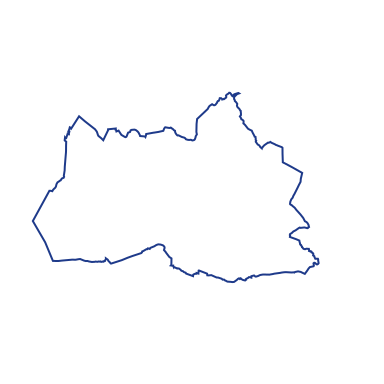 the district of Irimbo, Michoacán, Mexico, rotated 288°
{"feature_id": "50627088B92486141499695", "entity_name": "Irimbo", "entity_type": "district", "adm_level": 2, "iso_a3": "MEX", "parent_name": "Mexico", "parent_adm1": "Michoacán", "projection": "orthographic", "projection_center": [-100.467, 19.711], "detail": "fine", "context": "isolated", "style": "outline", "palette": "blue", "viewbox_px": 384, "rotation_deg": 288, "n_neighbors": 0, "source": "geoboundaries", "source_scale": "gbopen_adm2", "svg_char_len": 6029}
<svg xmlns="http://www.w3.org/2000/svg" viewBox="0 0 384 384"><g transform="rotate(288 192 192)"><path d="M194.9,314.1L196.8,312.9L198.0,311.6L198.8,310.2L199.1,308.4L201.6,305.9L204.1,302.2L207.2,296.8L208.8,294.5L209.8,291.9L210.4,290.7L210.4,289.7L210.9,288.9L213.3,288.5L215.7,288.7L217.7,289.5L219.8,289.6L221.5,290.0L228.7,291.1L231.7,291.5L235.2,292.1L238.2,291.4L244.2,290.9L246.6,279.0L248.3,269.2L256.3,266.3L262.0,264.4L262.4,263.6L262.6,259.1L262.7,258.6L262.7,257.2L262.9,256.6L263.2,254.5L263.3,253.0L263.8,251.0L263.3,250.8L262.8,249.9L262.6,249.7L262.4,249.4L262.4,249.0L258.8,246.3L256.8,245.4L256.0,245.2L255.8,244.7L255.6,244.7L255.1,244.8L256.0,242.8L256.6,242.3L257.2,241.3L257.4,240.2L257.5,239.8L259.5,237.1L260.7,237.2L261.3,236.4L262.5,236.1L263.2,235.7L264.0,235.4L264.0,234.4L264.7,233.9L267.3,231.2L268.8,229.9L269.1,227.6L269.5,225.7L272.2,221.7L272.8,220.5L273.1,219.7L274.7,219.4L275.6,219.0L276.1,218.1L276.4,217.1L276.4,216.5L277.9,215.3L278.6,214.2L279.7,214.5L280.3,214.8L281.5,214.4L284.3,213.2L284.4,212.7L285.7,211.3L286.7,209.2L287.3,208.6L287.9,208.1L289.8,207.8L291.0,206.3L291.8,204.6L292.6,204.3L293.3,203.4L293.7,203.3L294.4,202.9L294.9,202.8L296.2,203.1L296.5,203.3L298.0,204.1L299.1,204.7L300.3,206.3L300.5,205.5L298.4,202.5L297.4,201.5L295.7,200.9L296.0,200.1L297.2,198.9L298.0,197.6L297.9,196.7L296.8,196.2L295.4,195.0L294.3,194.5L292.9,195.3L291.6,194.9L290.1,193.2L290.0,193.3L289.9,193.1L289.4,192.3L289.7,192.2L289.7,191.9L290.2,190.7L289.8,189.4L288.4,189.5L286.9,189.2L286.6,188.6L285.8,188.2L284.7,188.3L284.2,188.0L282.3,187.4L281.7,186.9L281.3,186.2L281.3,185.7L281.4,185.1L281.7,184.0L279.3,182.1L277.7,181.6L275.8,181.3L263.0,174.3L258.2,175.3L250.5,177.6L248.3,178.8L246.1,178.3L244.9,178.5L242.9,178.4L242.3,178.1L241.9,177.7L241.4,176.9L241.1,176.3L241.3,175.3L241.3,174.7L240.6,173.2L240.3,171.6L240.3,169.8L241.0,169.0L241.3,167.9L241.2,165.3L241.7,161.8L241.7,161.5L241.4,161.1L241.3,160.7L241.6,160.0L242.4,158.8L243.4,157.7L245.0,156.9L245.0,156.3L245.1,156.1L245.3,155.5L245.8,154.7L246.0,154.2L246.0,153.8L246.1,153.5L246.5,152.8L246.7,151.9L246.1,151.3L245.9,150.5L245.7,149.6L245.4,147.4L245.3,146.6L245.0,146.3L243.5,145.9L241.3,145.8L238.7,141.4L236.6,137.3L236.6,137.2L233.3,131.1L233.0,130.5L231.7,130.7L229.9,130.7L230.1,130.4L230.2,129.7L229.2,125.4L229.6,125.2L232.0,122.8L232.7,121.7L233.5,119.7L233.6,118.2L233.1,116.9L232.3,115.1L231.5,114.5L230.8,114.6L229.9,114.5L228.7,112.9L224.5,112.6L224.1,112.4L223.6,111.8L223.6,111.2L224.5,107.2L227.7,103.2L226.2,101.4L228.2,100.1L228.1,99.9L228.8,99.8L225.7,92.8L224.8,93.1L213.8,91.6L215.1,89.1L216.4,85.7L217.3,84.8L218.6,83.9L220.0,82.8L221.7,80.4L226.1,68.4L229.1,61.2L215.3,57.6L215.5,56.9L215.0,57.0L215.5,55.8L213.8,55.9L211.1,55.7L211.4,56.7L209.2,56.9L208.8,57.1L208.7,56.7L208.7,55.7L204.3,55.7L204.1,55.1L204.6,54.4L202.5,54.8L201.7,55.0L201.0,56.8L197.2,57.9L192.8,59.3L190.7,59.9L176.7,63.2L173.2,64.2L167.7,65.1L166.9,65.7L166.3,65.5L165.8,65.5L165.4,64.9L164.5,64.0L162.5,63.5L161.8,62.7L161.3,62.5L159.6,61.1L157.5,60.7L155.1,60.9L153.8,60.6L152.2,59.7L151.1,59.2L149.6,58.9L149.5,57.3L149.1,56.0L115.2,49.6L98.8,67.9L83.5,81.0L84.5,84.5L85.2,86.5L86.5,89.3L90.6,98.9L91.6,102.2L92.9,104.6L93.7,106.3L93.4,110.5L93.5,112.3L94.1,113.9L94.1,115.4L94.5,118.4L95.6,121.2L96.0,121.7L96.3,123.2L96.5,123.9L97.0,124.5L97.1,125.2L97.3,125.8L97.6,126.1L97.4,126.6L97.6,127.2L97.6,127.6L97.9,127.9L98.3,128.6L98.3,128.8L98.2,129.0L98.3,129.3L98.6,129.6L99.2,129.7L99.3,129.8L99.3,130.3L99.4,130.5L99.6,130.5L99.9,130.4L101.5,130.9L102.3,130.6L101.6,132.8L100.8,133.6L100.3,134.3L100.0,135.2L99.8,135.4L98.9,136.8L98.9,137.0L99.0,137.3L105.5,146.3L109.5,151.0L112.7,155.1L118.2,162.6L119.2,163.1L120.1,163.0L120.8,163.9L123.6,166.4L123.8,167.2L124.8,167.5L124.8,169.4L126.0,169.7L128.7,172.9L130.6,174.5L131.8,176.1L132.3,178.4L132.3,180.8L131.7,182.2L131.2,182.8L130.4,183.2L128.1,183.3L126.8,185.5L126.4,185.9L123.2,190.5L122.5,193.0L116.3,194.9L115.6,194.6L115.8,196.0L116.2,196.9L115.7,197.1L114.7,198.0L115.1,198.1L115.0,199.3L114.8,200.4L114.9,201.6L114.7,201.7L115.2,203.1L114.5,205.3L114.1,205.7L113.9,206.1L113.8,206.9L113.9,207.8L113.3,209.1L113.3,210.9L112.6,211.6L112.3,219.0L113.7,218.7L114.0,218.9L115.0,219.9L115.6,221.4L116.4,221.3L116.4,223.3L119.3,222.6L119.5,222.8L119.1,230.1L119.0,231.6L117.5,232.3L117.8,233.5L118.9,236.1L118.7,237.9L118.4,240.7L118.3,242.0L118.7,243.1L118.7,246.5L118.7,247.0L118.1,248.2L118.6,249.5L118.0,251.0L118.1,251.4L117.7,253.3L118.5,256.5L118.8,258.2L119.3,259.4L119.6,259.9L122.2,261.8L123.5,262.5L124.3,263.2L124.4,263.4L124.2,263.7L124.0,264.4L125.0,264.9L125.0,265.0L124.5,265.7L124.1,267.4L124.2,269.4L124.4,270.0L125.0,270.1L125.3,270.5L125.8,270.2L126.4,270.6L127.5,271.8L128.6,272.4L128.9,273.5L128.9,274.9L130.3,274.5L131.8,276.8L131.2,278.3L131.2,278.7L131.3,279.0L131.9,279.9L132.6,280.9L133.8,282.1L134.3,282.8L135.5,285.1L137.3,291.1L139.0,294.3L139.7,295.4L142.3,300.8L143.1,302.2L144.1,304.3L144.8,306.1L146.2,311.5L146.8,313.0L147.3,314.2L147.2,314.3L147.8,314.8L149.3,317.4L149.6,320.2L149.4,321.3L149.0,324.6L152.9,325.9L155.2,326.5L157.0,327.3L158.9,330.5L159.5,330.7L160.4,330.3L160.9,330.0L161.7,329.6L162.4,330.0L162.6,330.5L162.4,331.4L161.8,332.5L161.7,333.3L162.5,334.1L163.5,334.4L165.9,333.1L166.7,332.9L167.4,332.4L167.2,331.6L166.6,329.9L167.6,328.9L168.8,328.1L169.1,326.8L170.5,326.6L171.1,326.1L171.1,325.6L171.6,325.0L171.5,324.3L171.9,323.7L172.3,323.7L172.4,323.3L172.2,323.1L172.0,322.7L172.3,322.1L172.1,322.0L172.1,321.5L172.7,321.4L174.0,320.7L173.7,319.8L173.6,318.8L173.1,317.9L172.5,317.2L172.4,315.6L173.5,314.0L173.5,313.7L174.1,313.5L174.9,312.2L175.3,312.1L175.4,311.8L175.4,311.4L175.8,310.9L176.2,310.7L176.4,310.7L178.0,309.6L179.0,309.1L179.3,305.5L179.5,299.0L180.8,298.8L181.3,298.3L182.4,298.3L183.7,299.5L185.8,300.6L187.6,302.4L190.7,304.7L191.5,305.5L191.4,306.3L193.0,309.8L193.2,311.8L193.2,312.8L193.8,313.5L194.4,313.5L194.9,314.1Z" fill="none" stroke="#1e3a8a" stroke-width="2"/></g></svg>